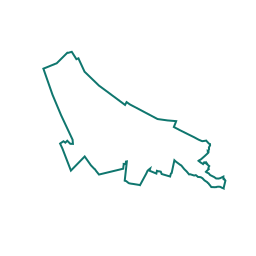 Roznov, Neamt, Romania, rotated 247°
{"feature_id": "2599482B96195246570406", "entity_name": "Roznov", "entity_type": "district", "adm_level": 2, "iso_a3": "ROU", "parent_name": "Romania", "parent_adm1": "Neamt", "projection": "natural_earth1", "projection_center": [26.505, 46.851], "detail": "fine", "context": "isolated", "style": "outline", "palette": "teal", "viewbox_px": 256, "rotation_deg": 247, "n_neighbors": 0, "source": "geoboundaries", "source_scale": "gbopen_adm2", "svg_char_len": 1946}
<svg xmlns="http://www.w3.org/2000/svg" viewBox="0 0 256 256"><g transform="rotate(247 128 128)"><path d="M106.9,174.0L108.9,172.3L111.0,170.6L114.5,174.1L115.5,175.0L119.5,167.4L124.7,158.7L148.9,139.0L152.4,136.8L150.4,134.3L177.1,118.6L178.2,117.9L196.8,110.0L209.9,109.6L211.5,109.6L211.5,107.4L220.1,106.0L220.6,102.1L221.0,101.6L216.2,89.6L215.4,87.6L215.5,86.0L215.6,77.2L215.7,73.3L188.1,71.5L165.9,71.4L138.8,72.4L134.9,71.1L136.0,68.7L140.0,67.1L139.0,64.6L141.0,63.4L140.2,59.4L134.7,59.6L111.1,58.8L118.7,77.0L108.1,79.3L103.4,81.1L103.1,81.4L100.8,81.9L96.5,83.1L92.4,107.7L94.5,108.8L95.8,109.7L96.6,110.0L95.7,111.6L97.9,113.0L97.7,113.9L80.8,104.4L79.8,105.6L78.5,106.3L77.2,107.0L76.7,107.4L75.6,109.0L74.6,110.7L71.2,116.1L70.8,116.6L70.7,116.7L78.9,127.0L81.0,129.3L81.5,130.7L82.0,132.5L80.3,131.1L75.0,136.3L77.3,137.9L76.0,139.4L76.0,139.7L75.0,141.1L72.5,141.0L67.8,146.7L66.9,147.8L69.3,149.7L69.5,150.6L80.2,158.1L78.6,158.8L73.3,161.9L72.8,162.4L68.2,163.7L65.1,165.0L61.4,166.1L61.1,167.2L60.4,168.0L59.9,168.6L58.6,170.1L58.3,170.8L58.1,172.0L56.9,172.7L55.7,173.2L54.3,175.7L52.7,176.9L50.5,177.7L49.8,178.0L47.1,179.8L46.2,180.0L45.6,180.5L44.7,180.6L43.2,181.1L41.1,181.6L39.8,184.3L39.1,186.1L39.1,187.0L38.5,188.7L37.8,189.9L36.2,191.2L35.0,192.4L35.3,192.5L41.5,197.1L43.3,196.7L43.1,196.3L43.8,195.9L46.0,196.8L45.8,193.3L45.9,192.6L46.1,191.5L47.1,189.4L49.1,188.2L52.4,185.4L53.2,185.0L54.7,184.6L56.6,182.9L57.2,182.6L57.7,183.7L58.6,186.3L59.4,186.1L60.7,187.2L61.2,187.9L63.8,186.6L64.1,186.9L66.0,186.4L65.5,185.3L66.6,184.7L65.5,183.0L66.8,182.2L67.5,181.6L70.2,180.1L70.5,181.1L70.5,182.1L70.7,183.1L72.2,187.7L73.7,191.8L75.6,192.4L74.9,192.9L76.1,193.5L76.8,194.3L78.5,194.9L79.2,195.8L80.0,196.8L81.2,197.2L82.0,196.4L85.9,195.0L85.9,194.7L86.8,191.3L87.4,190.6L89.6,188.5L91.2,187.2L93.6,185.3L97.9,181.6L99.3,180.4L106.3,174.4L106.9,174.0Z" fill="none" stroke="#0f766e" stroke-width="2"/></g></svg>